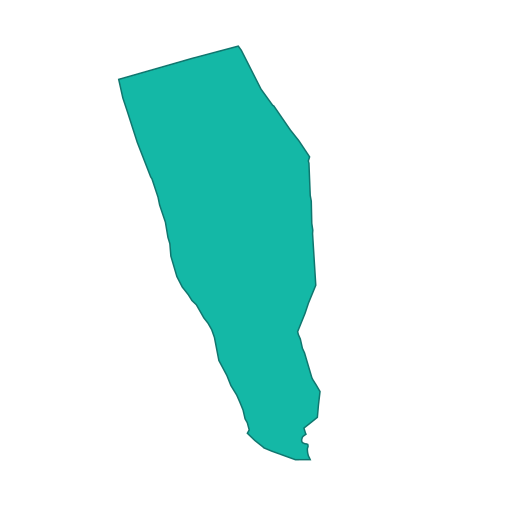 the district of Tucurú, Alta Verapaz, Guatemala, rotated 72°
{"feature_id": "79465075B80923191364064", "entity_name": "Tucurú", "entity_type": "district", "adm_level": 2, "iso_a3": "GTM", "parent_name": "Guatemala", "parent_adm1": "Alta Verapaz", "projection": "natural_earth1", "projection_center": [-90.008, 15.309], "detail": "fine", "context": "isolated", "style": "filled", "palette": "teal", "viewbox_px": 512, "rotation_deg": 72, "n_neighbors": 0, "source": "geoboundaries", "source_scale": "gbopen_adm2", "svg_char_len": 1339}
<svg xmlns="http://www.w3.org/2000/svg" viewBox="0 0 512 512"><g transform="rotate(72 256 256)"><path d="M466.4,267.4L465.4,267.5L464.3,267.6L462.7,267.9L461.6,267.9L460.0,267.8L458.6,267.6L457.2,267.3L456.1,267.0L455.3,266.8L454.4,266.2L453.3,265.4L452.2,265.1L451.2,265.0L450.3,266.1L450.0,266.9L449.5,267.7L449.0,268.3L447.9,269.4L446.8,269.8L445.3,269.5L444.6,269.2L442.8,268.0L442.2,267.2L441.8,266.3L441.5,265.3L440.9,263.5L439.9,263.7L434.5,263.6L434.0,262.4L431.0,254.3L428.4,247.5L417.1,242.7L404.7,237.0L397.0,238.7L391.1,240.2L388.9,240.5L363.1,239.8L358.2,240.4L348.7,239.5L343.8,240.0L340.8,239.8L325.7,227.1L316.9,220.6L302.3,208.2L252.2,195.3L249.0,194.0L242.3,192.9L221.0,186.5L215.1,185.7L184.2,177.0L181.8,176.9L178.3,174.4L159.7,179.6L146.8,184.4L118.8,192.7L117.8,193.6L98.8,199.7L55.9,206.4L50.9,208.0L48.3,255.6L45.6,332.0L64.5,333.8L79.7,333.7L111.2,333.8L148.2,331.7L150.5,331.1L169.8,331.0L177.8,331.9L195.8,331.7L211.2,334.0L217.6,334.1L229.8,337.0L251.1,337.6L262.8,335.7L272.0,332.3L278.5,330.7L283.9,327.8L298.8,324.7L305.1,322.4L312.4,320.9L320.6,320.7L343.9,323.6L360.7,320.6L371.5,319.9L382.3,317.3L390.2,316.5L398.4,315.9L407.5,316.7L411.9,315.8L419.3,316.2L421.9,319.0L431.1,314.1L439.7,308.4L440.9,307.8L446.4,301.4L461.9,281.5L466.4,267.4Z" fill="#14b8a6" stroke="#0f766e" stroke-width="1.5"/></g></svg>